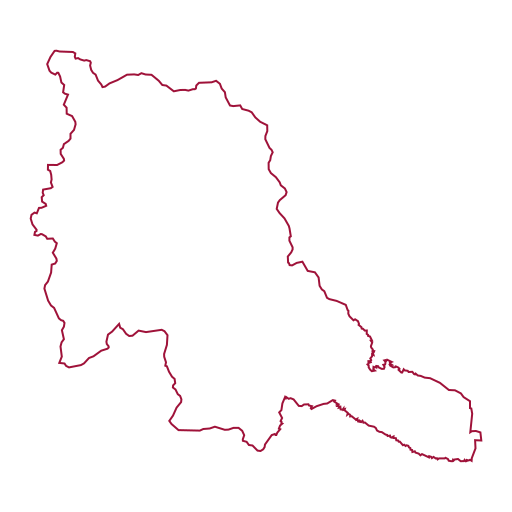 Lejanías, Meta, Colombia
{"feature_id": "7082276B92663278655025", "entity_name": "Lejanías", "entity_type": "district", "adm_level": 2, "iso_a3": "COL", "parent_name": "Colombia", "parent_adm1": "Meta", "projection": "orthographic", "projection_center": [-74.051, 3.626], "detail": "fine", "context": "isolated", "style": "outline", "palette": "rose", "viewbox_px": 512, "rotation_deg": 0, "n_neighbors": 0, "source": "geoboundaries", "source_scale": "gbopen_adm2", "svg_char_len": 5951}
<svg xmlns="http://www.w3.org/2000/svg" viewBox="0 0 512 512"><path d="M51.2,72.6L55.3,74.6L57.2,72.7L58.3,72.8L60.1,76.5L61.4,82.5L64.2,85.0L63.1,92.3L64.9,93.7L68.0,94.6L63.8,104.7L66.6,107.7L66.7,113.7L72.1,116.1L75.3,121.8L75.6,124.3L74.0,129.9L70.5,133.8L70.5,138.6L68.6,140.9L63.9,144.1L62.9,147.8L60.6,149.8L60.7,153.9L63.9,158.9L64.1,160.6L62.3,162.3L57.1,165.0L48.0,164.9L47.9,169.7L50.2,171.0L51.2,174.8L51.6,179.5L50.9,182.5L52.6,186.9L50.8,188.2L43.1,189.6L42.7,192.8L43.7,195.2L41.7,197.2L42.1,201.6L45.7,203.9L46.2,205.8L41.5,207.8L39.0,207.9L36.8,213.3L34.5,212.6L31.5,214.8L30.7,218.6L32.5,224.4L36.6,229.8L36.5,231.0L35.0,231.9L34.4,234.9L37.9,235.6L40.8,234.0L42.0,234.2L45.8,236.4L47.2,238.8L52.8,238.5L54.9,241.7L56.8,243.2L55.2,248.7L52.8,252.7L56.4,258.6L56.8,260.9L55.2,263.5L51.7,264.6L51.1,272.6L47.9,281.6L45.1,285.1L44.4,288.6L48.1,300.6L51.0,305.5L54.1,307.9L58.9,318.4L61.1,320.2L63.2,320.8L64.5,322.9L63.9,326.7L61.9,330.2L63.9,339.2L61.6,342.3L60.5,346.5L61.8,356.6L59.3,362.9L64.5,363.5L66.1,365.9L69.0,367.4L80.9,365.1L84.0,363.4L89.0,358.0L93.5,356.3L101.2,350.7L107.5,348.7L108.7,347.5L108.6,346.3L106.8,344.0L106.4,341.7L108.0,334.6L112.1,331.6L119.1,323.9L120.2,327.7L122.9,329.2L126.1,333.8L129.2,336.0L132.5,335.7L138.6,330.6L146.0,332.1L161.7,329.8L164.5,331.2L167.5,335.2L166.9,344.9L164.1,354.0L164.2,356.8L166.0,362.3L165.3,365.7L166.9,366.3L169.0,371.7L172.0,376.7L174.6,378.9L175.2,383.2L173.1,385.4L172.9,387.5L175.5,389.5L177.8,394.2L180.1,395.9L181.4,399.3L181.1,402.1L176.6,407.6L173.0,415.6L169.3,420.9L171.5,424.0L178.5,430.1L199.8,430.6L203.3,429.0L209.7,428.5L214.9,426.7L224.8,429.8L228.5,429.6L233.4,427.9L238.6,427.9L242.2,430.8L244.2,435.2L242.8,439.3L242.9,440.8L246.6,441.8L248.9,445.0L252.5,445.5L257.5,450.6L260.5,451.0L263.2,449.3L264.6,447.1L265.0,444.5L271.7,435.1L274.8,434.0L275.5,435.0L276.3,435.0L277.3,432.6L280.2,429.2L278.9,428.6L280.1,425.5L282.3,423.6L281.4,423.2L281.5,421.8L280.6,421.1L282.1,418.0L279.2,412.4L281.4,410.1L282.4,403.4L285.1,397.0L285.9,398.2L286.4,397.2L288.7,398.8L290.6,398.2L293.6,399.4L298.8,405.9L301.7,406.1L304.0,404.5L308.4,404.3L309.0,405.5L311.9,406.2L311.2,407.2L311.8,407.9L311.0,408.4L311.5,409.0L316.6,406.2L323.6,403.9L327.2,403.5L332.8,400.1L334.9,400.6L334.2,401.6L337.6,403.8L337.0,404.5L338.4,404.6L337.3,406.1L339.9,406.5L339.2,407.6L340.4,407.3L340.6,409.4L342.6,409.7L343.5,408.5L343.5,409.8L344.8,409.2L344.5,410.2L347.8,412.9L347.4,414.6L348.3,413.9L349.6,414.4L350.4,415.3L350.2,416.4L351.8,416.3L355.7,419.5L357.1,418.8L356.7,420.0L357.6,419.9L358.0,421.1L359.3,420.4L360.1,421.0L359.3,421.7L361.2,422.1L362.5,420.8L363.4,422.7L364.9,422.5L368.7,425.6L374.0,426.7L375.8,428.0L377.0,430.5L379.4,431.8L381.8,432.1L385.6,434.6L387.1,434.9L387.6,436.0L390.0,435.6L390.2,436.9L391.3,437.6L393.5,436.5L393.4,438.0L395.9,438.2L396.3,440.3L398.1,440.5L398.7,441.7L399.9,441.7L402.9,445.2L404.2,444.7L405.6,446.0L406.5,445.3L408.3,445.8L409.0,447.4L410.3,448.0L410.5,449.7L412.1,450.0L412.4,452.0L414.8,451.3L415.5,452.6L418.7,453.6L420.4,455.3L422.0,454.1L429.0,457.4L429.2,456.2L431.1,456.8L431.9,458.1L433.5,456.9L435.8,458.5L436.9,458.2L437.6,459.4L439.0,458.4L444.7,458.4L445.5,457.8L448.0,459.1L448.7,460.7L451.1,461.2L452.4,461.2L453.0,459.8L453.6,460.6L454.6,459.5L458.0,459.0L460.7,461.2L464.0,461.1L464.6,459.9L465.8,461.3L466.8,461.0L466.9,460.0L468.7,460.5L470.0,459.8L471.6,460.8L471.8,458.1L475.5,448.4L475.1,440.2L481.3,440.5L480.4,432.4L475.9,431.0L471.8,431.2L470.3,432.2L472.2,413.7L471.3,408.5L470.0,408.1L470.0,401.2L463.6,397.1L460.9,393.4L455.0,390.3L448.9,390.0L440.0,382.9L430.1,378.2L424.7,377.6L420.7,375.9L417.8,375.5L415.6,373.6L415.0,374.4L414.1,374.1L412.3,371.8L408.6,372.0L407.7,370.8L404.7,370.4L403.7,369.3L402.2,372.5L401.3,372.5L398.6,369.9L399.5,368.9L398.4,367.6L395.8,366.4L395.2,367.2L393.3,367.4L390.2,365.6L389.8,364.8L391.6,364.7L390.1,363.7L389.9,362.6L391.6,361.9L387.1,359.7L386.2,360.9L385.5,360.1L384.3,360.4L385.4,361.7L385.4,363.1L385.1,364.5L383.4,364.8L384.6,367.0L383.9,368.8L381.8,368.9L378.7,367.4L378.1,366.2L376.7,366.0L376.5,367.1L375.9,366.3L374.8,367.5L373.5,366.9L373.3,369.4L374.8,370.6L371.8,371.2L370.1,369.6L368.7,367.4L368.7,365.7L367.5,364.4L368.5,363.8L368.4,361.1L369.5,361.1L369.9,362.5L370.8,362.2L370.4,361.2L371.2,360.1L370.3,358.4L372.1,356.3L372.1,354.2L373.5,354.9L372.6,351.8L373.9,351.9L374.2,351.1L372.6,350.9L372.8,349.5L371.2,347.5L370.9,346.2L372.2,342.6L370.9,340.7L372.0,340.6L370.0,336.5L368.1,335.9L368.1,334.9L366.7,333.9L366.8,330.5L364.8,330.6L363.0,328.8L361.7,328.6L361.4,327.1L358.6,324.9L359.0,323.9L358.0,321.2L355.1,319.3L353.5,320.3L349.5,316.3L348.3,313.7L348.4,310.7L347.6,310.0L345.8,304.9L336.6,300.9L329.3,299.1L327.0,297.8L324.3,291.2L321.8,289.4L319.6,285.8L318.6,277.5L314.9,272.3L307.7,270.9L302.4,261.7L296.7,262.9L292.1,265.4L289.6,265.1L289.0,263.2L288.1,262.6L287.8,256.5L291.2,252.4L292.6,249.4L292.6,247.3L289.4,240.7L289.4,237.4L290.8,236.3L289.5,228.4L288.8,225.9L284.5,218.4L279.6,213.1L276.7,208.9L278.0,202.6L279.8,200.1L285.6,195.2L286.6,192.1L284.9,188.5L280.8,185.3L279.7,182.3L275.9,177.2L270.9,173.1L268.7,169.2L268.6,162.8L270.2,160.2L270.9,156.0L272.7,152.3L271.5,149.8L269.5,147.9L265.3,139.2L265.4,136.0L267.3,131.1L267.2,125.3L260.2,121.8L255.3,117.4L251.7,112.3L248.6,110.7L242.2,109.0L240.2,105.4L233.3,106.1L230.0,105.5L225.7,97.4L224.9,92.2L221.7,88.6L219.9,83.8L216.1,80.8L211.6,82.3L199.0,82.8L196.3,85.5L195.9,88.5L194.8,89.2L192.9,89.2L188.4,90.6L185.1,89.9L180.2,90.0L173.8,91.3L166.4,85.6L162.3,85.0L158.8,80.8L151.5,74.8L145.6,74.5L141.4,73.2L138.2,75.0L134.2,74.4L127.0,74.7L117.5,80.1L109.5,83.4L105.1,86.6L102.5,87.1L101.3,84.5L98.0,80.6L95.6,74.6L93.0,72.8L91.2,69.9L90.1,65.5L90.8,62.7L90.1,61.2L86.3,60.1L84.2,60.6L80.2,59.4L78.1,58.1L75.6,58.6L74.8,56.8L75.3,53.4L72.9,52.0L59.6,51.5L56.4,50.7L54.6,50.9L50.5,56.9L47.2,64.1L49.5,70.7L51.2,72.6Z" fill="none" stroke="#9f1239" stroke-width="2"/></svg>